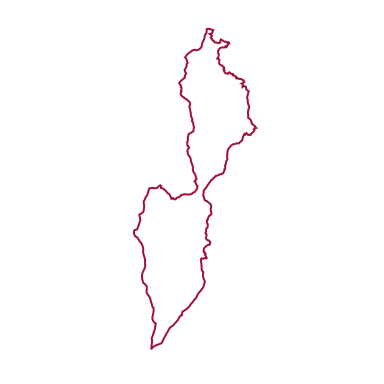 Chiheru De Jos, Mures, Romania, rotated 104°
{"feature_id": "2599482B61641912975673", "entity_name": "Chiheru De Jos", "entity_type": "district", "adm_level": 2, "iso_a3": "ROU", "parent_name": "Romania", "parent_adm1": "Mures", "projection": "mercator", "projection_center": [24.944, 46.698], "detail": "fine", "context": "isolated", "style": "outline", "palette": "rose", "viewbox_px": 384, "rotation_deg": 104, "n_neighbors": 0, "source": "geoboundaries", "source_scale": "gbopen_adm2", "svg_char_len": 5973}
<svg xmlns="http://www.w3.org/2000/svg" viewBox="0 0 384 384"><g transform="rotate(104 192 192)"><path d="M63.0,231.3L65.0,229.1L66.0,228.7L67.4,227.7L68.2,227.6L69.4,228.2L71.3,227.6L75.5,228.7L77.3,227.5L78.6,226.3L80.4,227.0L81.6,226.9L82.7,226.6L87.0,229.8L89.6,230.8L91.3,228.6L91.9,228.3L92.6,228.4L93.6,227.3L95.6,227.0L96.2,227.1L96.3,227.1L96.2,226.8L97.2,226.5L99.3,226.9L100.5,226.1L101.7,224.4L102.2,222.7L102.8,222.1L103.2,220.0L104.6,217.6L104.9,216.6L105.8,215.7L106.8,215.2L107.8,215.0L109.3,215.4L109.8,215.3L111.7,214.1L114.2,213.1L115.1,212.4L116.2,212.3L119.2,210.9L121.0,209.5L122.1,209.0L123.2,209.2L124.6,207.6L126.9,206.8L128.4,205.8L128.9,205.7L130.6,205.7L132.5,205.3L133.7,206.2L136.6,209.2L140.0,209.3L142.8,208.5L145.1,208.7L148.0,207.7L148.2,207.0L148.8,206.7L149.1,205.8L149.7,205.7L150.9,205.9L151.5,206.3L153.3,206.5L154.5,205.7L155.8,205.4L157.6,203.9L158.7,202.3L160.4,201.2L162.9,200.2L166.2,197.8L167.6,197.2L169.4,196.8L172.0,195.6L174.8,192.7L176.4,192.0L178.2,190.7L181.0,192.1L181.3,191.1L182.8,190.5L183.2,189.9L184.1,189.3L185.0,188.0L187.7,188.0L191.5,189.4L192.5,191.1L194.0,191.7L195.5,194.9L195.5,196.4L195.7,196.9L195.9,198.7L196.9,200.5L197.8,202.0L198.7,202.1L200.8,204.3L201.4,205.5L202.9,206.1L203.4,206.9L202.9,207.8L203.0,208.4L202.5,208.8L202.5,209.1L203.3,209.3L203.6,210.3L202.1,211.3L199.7,213.4L199.2,215.0L197.5,217.5L197.2,217.7L196.6,219.1L195.9,220.5L195.5,222.3L195.5,223.1L193.7,223.4L193.2,224.5L195.0,226.0L196.1,226.5L196.1,226.8L196.7,227.3L197.8,230.3L197.4,231.1L198.9,234.4L206.1,234.7L208.2,235.7L211.0,236.0L212.6,236.6L214.0,236.3L217.2,235.0L221.5,234.4L223.3,234.5L225.1,236.1L226.6,237.6L227.3,237.5L231.3,235.4L233.4,235.4L238.6,235.9L241.4,236.2L241.8,236.5L242.9,238.6L243.4,238.8L246.2,238.3L248.7,236.6L249.1,234.6L251.3,231.9L252.1,231.3L253.2,229.9L253.8,228.8L257.0,226.5L259.7,225.3L262.7,224.8L268.4,221.4L275.6,219.4L278.2,219.6L281.2,220.3L284.0,220.5L286.8,219.9L288.8,219.1L292.0,217.3L292.6,215.7L294.3,213.2L295.6,212.7L300.1,211.9L301.6,210.9L303.5,208.5L305.0,207.1L313.2,202.4L313.6,201.4L316.0,200.6L319.0,200.2L322.9,200.2L324.7,199.7L326.0,198.9L327.4,197.5L328.5,195.3L334.3,194.9L338.7,195.3L340.2,195.2L343.7,195.8L346.0,194.7L354.5,193.5L352.6,192.8L351.6,192.1L349.1,189.4L346.5,185.4L345.6,184.8L340.7,183.8L329.5,180.8L328.6,180.3L326.2,178.2L321.4,175.6L319.7,174.8L316.3,173.9L314.5,173.1L314.0,172.0L313.3,172.0L311.9,172.3L310.3,172.2L307.3,169.2L303.3,166.7L301.4,166.2L298.2,164.5L295.9,163.8L294.7,162.8L292.4,162.1L290.9,161.9L288.6,161.2L285.9,159.8L281.9,158.1L276.0,157.8L275.3,158.1L272.5,160.3L270.2,161.2L267.9,161.6L266.7,162.0L265.5,163.6L262.4,164.6L262.0,164.6L255.5,167.0L254.6,166.9L254.0,166.5L254.1,165.2L252.9,163.5L253.1,162.3L252.8,161.8L252.4,161.8L249.8,164.1L249.2,163.7L248.7,163.9L248.6,164.6L248.2,165.0L247.4,165.0L247.3,165.3L247.4,166.0L247.2,166.3L245.6,166.7L243.7,166.6L242.5,166.1L240.0,164.2L238.9,162.9L239.0,162.2L236.6,162.0L235.9,162.6L235.0,163.9L234.9,165.3L234.7,166.0L234.2,166.8L232.9,167.4L230.1,167.4L229.7,167.7L229.0,168.4L228.9,168.8L228.4,169.0L227.2,168.8L224.3,169.3L222.4,168.4L221.2,168.5L219.5,169.0L218.1,170.0L217.2,170.4L215.4,170.6L215.0,170.0L213.2,170.1L210.6,169.4L210.1,168.5L209.0,168.0L207.5,168.1L205.6,169.3L204.2,169.7L201.8,169.7L199.9,170.5L199.2,171.3L197.4,175.1L197.2,175.6L197.2,176.4L196.5,178.1L194.7,178.8L193.9,179.5L192.6,180.3L190.3,180.5L188.9,180.9L187.3,180.8L184.0,179.2L181.4,178.4L176.8,176.5L175.9,176.3L174.8,175.1L173.3,174.5L172.0,173.4L170.6,172.8L170.4,172.6L170.4,172.3L170.0,171.4L168.4,169.6L167.9,168.2L166.8,167.4L166.8,166.8L166.3,166.3L163.3,165.8L162.1,166.0L161.8,165.6L161.6,165.5L159.5,165.8L158.5,166.4L156.6,166.0L154.9,166.0L153.9,166.2L151.7,165.6L149.9,166.3L147.0,167.0L146.2,166.9L144.5,167.4L143.7,167.4L141.5,167.2L138.6,165.9L137.1,165.0L136.0,164.0L135.6,163.4L135.4,162.4L134.1,160.8L133.9,160.2L133.6,158.5L133.3,158.0L132.1,157.6L129.9,155.9L126.0,155.8L123.1,155.2L123.6,154.3L121.7,153.5L123.0,151.3L122.5,150.4L122.8,149.4L122.7,149.0L121.5,148.8L117.4,146.3L116.3,146.5L116.0,147.2L115.5,147.1L115.1,146.8L114.3,145.2L113.8,146.0L113.1,146.5L113.0,146.9L111.6,149.5L111.3,150.4L109.8,151.1L109.0,151.9L108.8,151.9L107.9,152.4L107.3,153.2L107.0,154.3L106.5,154.9L106.3,155.6L105.1,155.6L100.8,157.2L99.7,157.0L97.7,157.3L96.7,157.0L94.7,157.3L93.9,158.3L91.0,159.8L88.9,160.3L87.3,161.4L80.4,161.4L79.5,164.0L78.6,164.3L76.6,165.5L76.5,165.8L76.9,167.1L76.8,167.7L77.0,168.0L77.8,168.4L77.0,168.8L76.4,168.5L75.7,168.5L74.8,169.0L74.7,169.7L74.4,169.2L73.9,169.2L73.7,168.8L72.7,168.6L72.2,168.3L72.2,168.1L71.6,168.5L71.3,168.9L70.8,170.6L70.6,170.8L70.7,171.2L70.7,172.8L70.9,173.7L70.8,175.3L70.7,175.3L70.9,176.1L70.5,176.2L70.7,176.8L69.4,177.0L68.8,180.5L67.8,180.4L67.8,181.2L67.6,181.4L67.8,182.5L67.8,183.1L67.6,183.5L66.8,184.3L66.8,184.6L67.9,185.6L68.6,185.7L68.4,186.3L68.7,187.9L68.5,188.5L67.6,189.6L67.2,190.0L66.8,189.9L65.6,190.1L65.6,191.1L63.5,190.8L62.8,192.2L62.1,193.2L62.0,194.6L61.4,196.1L60.5,196.8L58.1,197.4L57.6,197.2L56.7,197.7L56.5,198.3L56.6,198.6L56.5,199.8L55.4,199.3L52.7,199.0L51.5,199.5L50.9,200.4L48.5,200.8L45.9,199.8L44.5,198.2L44.2,196.5L43.6,195.3L43.6,194.5L43.0,193.7L42.4,193.3L42.1,193.4L42.3,193.8L42.8,194.0L42.9,194.6L42.4,194.7L40.9,192.8L38.9,193.0L38.5,192.6L38.6,192.0L38.1,192.2L37.8,193.1L38.4,194.5L38.2,196.6L37.9,198.0L37.4,199.2L37.0,200.9L38.0,201.1L39.4,200.7L39.5,200.8L39.6,201.2L40.2,201.0L40.3,201.4L41.1,201.9L41.1,205.2L41.4,205.6L41.3,206.1L41.0,206.8L40.2,207.3L39.4,209.5L39.0,209.7L38.8,209.5L38.4,209.7L37.7,211.1L35.6,210.5L34.3,213.0L33.4,211.2L29.8,210.5L29.9,211.6L29.5,212.6L29.7,213.5L29.6,214.1L29.6,215.0L29.9,216.2L30.1,216.7L30.5,217.1L33.4,216.5L34.7,216.6L36.5,217.5L40.6,217.1L44.2,218.0L49.1,217.9L51.5,219.3L52.9,220.7L53.5,222.4L53.4,223.8L53.8,224.9L54.5,225.8L57.3,228.0L59.0,229.6L63.0,231.3Z" fill="none" stroke="#9f1239" stroke-width="2"/></g></svg>